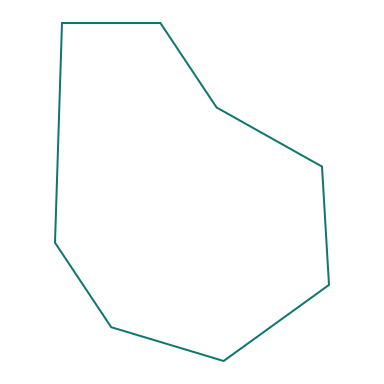 the border of Fontana, Gozo
{"feature_id": "MLT-5983", "entity_name": "Fontana, Gozo", "entity_type": "state/province", "adm_level": 1, "iso_a3": "MLT", "parent_name": "Malta", "parent_adm1": "", "projection": "robinson", "projection_center": [14.239, 36.033], "detail": "fine", "context": "isolated", "style": "outline", "palette": "teal", "viewbox_px": 384, "rotation_deg": 0, "n_neighbors": 0, "source": "natural_earth", "source_scale": "10m", "svg_char_len": 230}
<svg xmlns="http://www.w3.org/2000/svg" viewBox="0 0 384 384"><path d="M55.0,242.7L62.0,23.0L160.4,23.0L216.6,107.5L322.0,166.6L329.0,284.9L223.6,361.0L111.2,327.2L55.0,242.7Z" fill="none" stroke="#0f766e" stroke-width="2"/></svg>